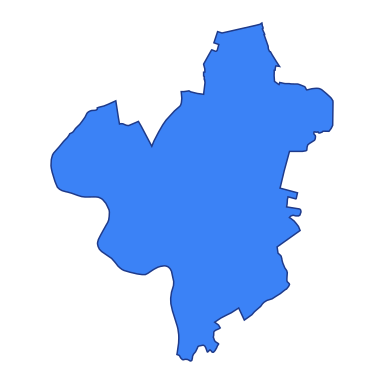 Thu Dau Mot, Bình Dương, Vietnam
{"feature_id": "81297802B23780781410203", "entity_name": "Thu Dau Mot", "entity_type": "district", "adm_level": 2, "iso_a3": "VNM", "parent_name": "Vietnam", "parent_adm1": "Bình Dương", "projection": "orthographic", "projection_center": [106.667, 11.014], "detail": "fine", "context": "isolated", "style": "filled", "palette": "blue", "viewbox_px": 384, "rotation_deg": 0, "n_neighbors": 0, "source": "geoboundaries", "source_scale": "gbopen_adm2", "svg_char_len": 5020}
<svg xmlns="http://www.w3.org/2000/svg" viewBox="0 0 384 384"><path d="M69.7,133.8L69.6,134.1L68.8,135.5L67.4,137.5L63.6,141.4L59.2,146.8L53.7,153.0L52.6,154.8L51.9,157.2L51.3,159.6L51.0,165.7L51.3,168.2L52.2,172.3L54.9,181.2L56.1,184.2L57.4,187.2L57.8,187.6L59.5,189.2L61.8,190.5L63.3,191.0L64.8,191.4L65.4,191.6L67.7,192.1L71.6,193.2L77.7,195.4L81.7,196.6L85.2,197.0L87.6,197.0L94.0,196.9L95.3,196.9L96.7,197.0L98.2,197.2L98.3,197.2L100.2,198.0L101.7,198.8L103.0,199.9L104.4,201.6L105.8,203.2L107.2,205.9L109.1,210.0L109.4,212.1L109.2,216.4L108.8,219.2L108.7,219.9L107.7,222.5L106.5,224.5L103.3,230.2L101.0,234.4L99.6,237.1L99.3,237.7L98.4,239.5L97.7,242.0L97.5,243.3L97.6,244.3L98.1,246.5L99.4,249.2L101.6,251.5L105.2,254.0L111.6,258.4L115.3,262.6L118.0,266.1L120.2,268.1L122.1,269.5L124.1,270.5L124.5,270.6L129.9,272.2L131.6,272.6L137.1,273.9L142.2,274.6L145.3,274.6L147.9,273.3L152.3,270.3L154.4,269.0L157.9,267.2L160.5,266.4L164.3,265.8L165.9,266.0L167.7,266.6L168.8,267.4L170.1,268.7L171.5,271.3L172.9,277.9L173.7,281.4L173.6,283.9L173.5,285.2L173.5,285.5L172.8,287.9L171.5,292.2L170.7,298.1L170.7,300.0L170.9,303.9L172.5,311.0L174.4,317.0L177.2,326.0L177.9,328.8L178.2,331.0L178.7,334.6L178.8,338.0L178.6,343.1L177.2,352.9L176.9,354.5L179.0,355.3L179.8,356.2L180.3,357.3L181.0,358.3L182.4,359.6L183.3,359.8L185.1,359.3L187.3,359.4L188.7,360.0L189.9,360.8L190.8,361.0L191.8,360.4L192.3,358.6L192.6,356.2L193.5,354.2L195.6,351.7L197.3,348.2L198.0,346.5L199.0,346.0L203.0,345.2L203.7,345.3L205.0,346.3L205.9,348.2L206.8,350.7L207.2,351.8L207.7,352.0L209.0,350.8L209.6,350.0L210.2,350.0L210.6,350.3L211.4,351.2L212.1,352.1L213.0,352.3L213.6,352.1L214.2,351.5L215.1,350.5L216.6,347.9L217.4,345.9L218.6,344.1L218.5,343.7L215.3,341.6L214.5,340.4L214.1,339.4L213.7,338.1L213.3,337.2L213.7,335.3L213.8,332.1L214.1,331.5L214.7,330.9L215.9,330.1L218.9,328.8L220.2,327.9L218.5,325.0L214.7,322.2L220.9,318.0L226.9,314.9L231.2,312.8L238.7,308.0L244.3,320.1L248.0,317.5L251.9,314.7L254.4,311.8L257.0,309.5L260.7,306.3L261.2,305.6L262.4,303.9L264.1,302.2L267.0,300.4L272.1,298.8L275.8,296.4L280.6,293.4L283.3,291.2L285.0,289.9L285.8,289.3L286.3,289.2L286.8,288.7L288.6,286.4L289.5,284.5L289.3,283.8L288.4,282.8L287.3,281.8L286.9,280.6L286.9,278.6L287.1,275.3L287.3,272.7L286.7,270.6L284.8,267.9L282.8,263.1L282.0,260.1L281.8,258.6L281.1,256.1L280.3,255.2L278.0,253.1L277.1,246.9L300.1,230.5L298.5,226.5L296.3,223.6L294.1,221.0L290.8,218.4L289.4,217.6L290.2,216.5L291.1,215.9L291.7,215.7L292.8,215.3L293.5,215.3L295.3,215.8L295.9,215.9L296.7,215.9L298.6,215.9L299.9,215.1L301.0,211.9L300.7,210.1L300.1,209.3L299.2,208.9L286.6,206.9L287.1,204.0L287.2,202.7L287.4,199.4L287.8,197.9L288.0,196.8L295.8,198.9L296.2,198.6L297.5,192.8L280.0,188.1L280.6,185.9L284.2,170.8L289.5,151.4L302.4,151.4L305.9,150.8L306.8,150.1L307.1,147.0L307.8,144.8L309.4,143.5L314.3,140.4L314.9,139.7L315.3,138.4L315.4,137.6L315.5,136.2L315.2,135.4L314.4,134.6L314.1,134.2L313.8,133.2L314.1,131.9L315.0,131.8L315.6,132.1L316.3,132.2L318.0,131.9L318.3,132.4L318.4,132.7L319.0,133.0L319.8,133.0L321.0,132.5L322.0,132.2L322.7,131.4L323.9,131.2L328.5,131.3L329.1,131.2L331.2,128.4L332.7,125.3L333.0,102.3L332.9,100.8L332.3,99.9L331.4,98.4L330.8,97.7L330.0,96.9L326.4,93.6L322.1,90.0L321.2,89.4L319.4,88.6L318.3,88.4L316.8,88.3L314.9,88.4L312.1,88.7L310.7,89.0L307.5,89.8L306.9,89.9L306.7,89.9L306.5,89.7L306.4,89.5L306.0,88.8L305.2,87.2L304.7,86.7L303.6,86.2L300.1,84.8L298.4,84.2L297.4,84.0L294.5,84.0L290.9,83.9L289.2,83.6L287.4,83.6L285.3,83.6L283.9,83.4L280.8,82.7L279.7,82.5L279.6,83.0L279.3,84.0L279.0,84.6L274.5,81.4L274.1,75.7L274.2,73.0L274.2,70.3L275.0,70.3L275.2,70.1L275.2,68.7L275.7,66.1L276.1,65.9L276.7,66.0L277.4,66.1L279.0,66.3L279.5,66.4L276.5,61.8L272.2,54.9L270.4,51.7L270.2,51.6L269.8,51.6L269.6,51.6L268.4,49.0L268.1,46.0L267.8,45.3L266.5,41.5L264.6,36.2L264.2,35.0L264.1,34.8L264.6,34.7L264.7,34.3L263.0,30.5L262.4,29.0L262.8,28.9L263.0,28.7L263.0,27.3L262.3,25.8L262.2,24.8L261.9,23.0L261.2,23.4L260.5,24.0L259.9,24.3L256.0,25.3L228.7,31.5L222.0,33.0L217.6,31.6L213.9,42.8L218.8,44.5L217.3,50.0L217.0,50.6L216.2,51.2L215.5,51.3L211.8,49.8L211.3,50.4L207.9,56.4L203.8,63.7L203.6,64.1L203.6,64.3L204.8,68.9L204.9,72.0L203.6,72.2L203.6,75.2L203.6,76.0L204.3,76.5L204.2,78.0L204.3,79.5L204.6,79.5L205.0,82.7L204.4,87.7L203.6,94.3L199.9,93.8L197.5,93.5L194.6,92.8L191.4,92.0L190.5,91.8L189.4,91.0L188.4,90.9L187.5,91.1L183.9,91.6L181.2,91.6L181.8,98.4L181.4,102.6L180.8,104.7L180.0,106.1L174.5,110.9L166.0,120.2L162.8,124.8L158.7,131.9L154.0,140.9L151.8,146.3L141.3,126.4L138.4,121.4L135.9,122.5L131.4,124.4L128.8,125.5L127.8,125.5L126.5,125.3L125.4,124.9L122.9,123.8L121.9,123.7L120.6,123.7L119.5,124.0L118.4,117.7L115.8,100.8L108.1,104.3L103.9,106.0L99.1,107.2L97.2,107.9L97.3,108.7L97.2,109.3L96.5,109.9L95.2,110.3L91.7,110.5L90.1,111.0L88.4,111.9L87.5,112.7L87.1,113.1L86.8,113.6L86.1,115.0L85.0,117.2L82.1,121.3L79.8,124.3L77.5,126.5L75.5,128.5L73.4,131.5L72.3,132.5L69.7,133.8Z" fill="#3b82f6" stroke="#1e3a8a" stroke-width="1.5"/></svg>